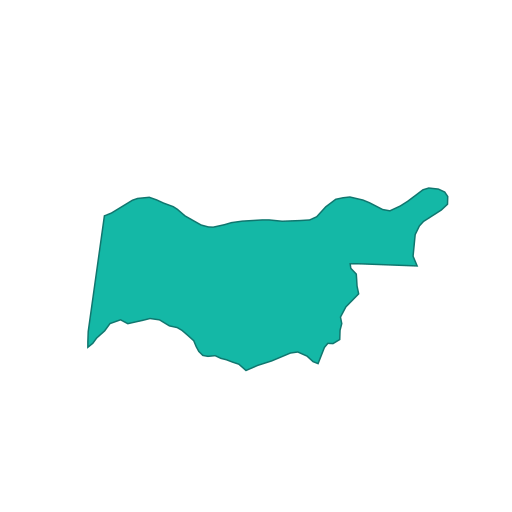 the district of Madeiro, Piauí, Brazil, rotated 53°
{"feature_id": "56859067B91104419573943", "entity_name": "Madeiro", "entity_type": "district", "adm_level": 2, "iso_a3": "BRA", "parent_name": "Brazil", "parent_adm1": "Piauí", "projection": "robinson", "projection_center": [-42.521, -3.556], "detail": "fine", "context": "isolated", "style": "filled", "palette": "teal", "viewbox_px": 512, "rotation_deg": 53, "n_neighbors": 0, "source": "geoboundaries", "source_scale": "gbopen_adm2", "svg_char_len": 1315}
<svg xmlns="http://www.w3.org/2000/svg" viewBox="0 0 512 512"><g transform="rotate(53 256 256)"><path d="M132.7,352.9L215.3,435.4L223.2,441.8L227.7,445.2L227.5,438.9L225.6,432.6L224.7,421.9L222.1,413.3L225.4,402.6L232.9,399.1L239.7,384.0L242.1,378.3L248.9,371.5L259.7,367.2L265.7,362.0L270.7,359.9L278.0,358.3L286.2,356.7L292.4,358.3L297.8,359.1L303.4,358.3L307.2,354.8L311.0,348.6L316.7,345.6L321.0,342.1L326.6,338.6L332.1,334.8L341.4,332.9L344.4,320.4L349.2,306.7L354.2,286.9L357.8,280.4L366.6,275.5L374.7,274.0L379.3,271.2L370.2,256.4L369.0,251.2L372.3,247.2L373.1,239.4L365.9,233.6L361.6,228.2L355.6,225.3L350.7,214.8L348.0,196.8L340.8,193.4L335.1,189.6L330.8,186.8L322.9,187.7L318.9,185.5L322.9,180.1L326.3,175.8L360.9,133.3L350.7,130.7L334.7,116.0L330.3,107.4L329.2,101.4L330.8,80.3L329.9,71.9L323.9,67.1L318.5,66.8L312.3,70.1L305.7,77.1L303.6,82.8L303.6,102.0L302.9,110.7L300.5,121.9L295.1,126.9L281.8,133.3L275.7,136.9L265.4,145.5L261.9,151.4L258.7,158.2L258.7,170.7L261.2,183.9L259.5,191.5L254.0,199.8L244.0,214.2L235.2,223.7L231.1,229.1L219.9,246.0L214.6,255.5L212.0,262.4L207.2,272.9L204.1,276.6L198.2,281.2L191.8,284.0L181.2,288.6L171.4,290.7L166.8,292.4L158.1,298.0L151.4,301.6L144.9,305.9L138.8,315.9L137.1,321.1L134.7,345.6L132.7,352.9Z" fill="#14b8a6" stroke="#0f766e" stroke-width="1.5"/></g></svg>